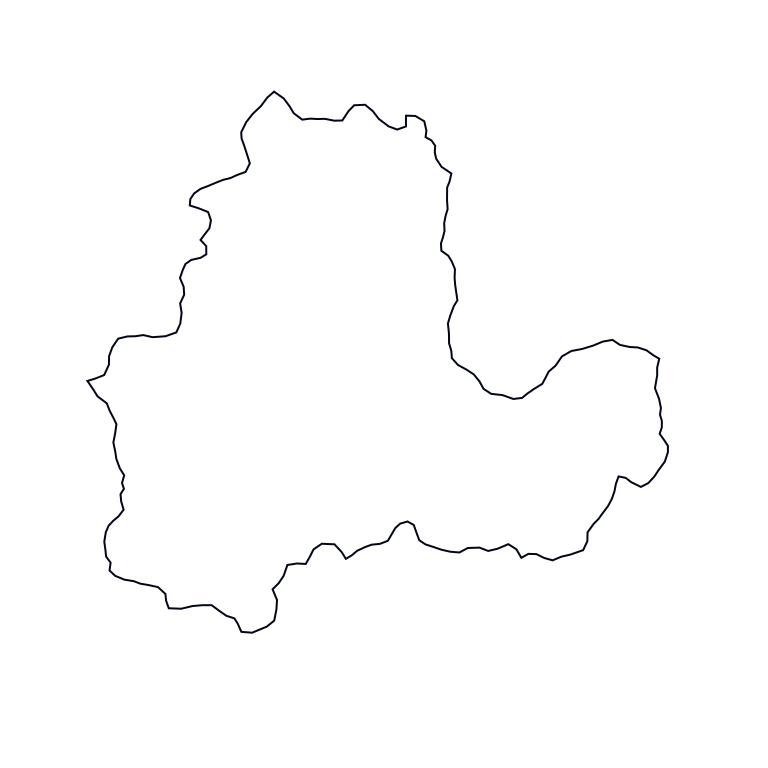 the district of Nova Resende, Minas Gerais, Brazil, rotated 101°
{"feature_id": "56859067B48705702609231", "entity_name": "Nova Resende", "entity_type": "district", "adm_level": 2, "iso_a3": "BRA", "parent_name": "Brazil", "parent_adm1": "Minas Gerais", "projection": "natural_earth1", "projection_center": [-46.418, -21.083], "detail": "fine", "context": "isolated", "style": "outline", "palette": "ink", "viewbox_px": 768, "rotation_deg": 101, "n_neighbors": 0, "source": "geoboundaries", "source_scale": "gbopen_adm2", "svg_char_len": 3209}
<svg xmlns="http://www.w3.org/2000/svg" viewBox="0 0 768 768"><g transform="rotate(101 384 384)"><path d="M306.7,118.6L304.4,125.1L300.8,132.8L299.7,141.8L300.8,149.9L300.6,159.8L297.1,168.1L300.6,177.3L306.4,186.0L311.8,196.2L315.9,206.5L323.0,214.6L333.3,219.1L340.4,224.7L347.7,226.8L353.7,228.7L360.5,236.1L366.2,241.6L371.3,245.8L374.0,254.1L372.3,265.5L373.2,276.9L369.8,285.3L363.0,291.0L357.4,297.8L354.1,305.9L351.2,315.0L345.7,322.3L338.8,324.2L331.6,327.9L322.3,329.8L312.4,332.8L304.2,332.0L294.2,330.3L287.8,327.9L281.6,330.1L273.6,332.9L266.6,334.9L257.6,336.3L250.9,340.8L245.8,345.4L242.3,353.1L235.2,354.9L228.6,354.1L222.2,353.8L214.8,355.6L206.7,355.6L200.3,354.9L191.6,357.2L179.1,359.5L172.8,358.3L164.5,358.0L159.9,368.9L152.9,375.8L146.8,378.4L140.4,379.2L135.9,383.8L133.7,390.3L127.3,390.7L118.4,394.6L114.9,404.4L116.4,413.6L127.0,411.6L131.7,419.6L130.2,428.7L124.7,439.8L118.4,446.9L113.5,455.8L116.1,466.5L122.9,470.9L133.3,475.2L135.0,483.1L135.0,492.7L136.6,499.8L137.6,507.1L140.1,514.7L135.4,524.3L129.5,529.6L122.9,536.8L118.0,547.7L125.1,553.2L134.6,557.8L144.0,564.5L153.2,569.2L164.2,572.2L170.3,570.6L176.4,566.9L184.7,562.3L193.0,557.8L202.2,560.3L207.0,568.3L211.2,574.1L214.1,580.5L218.0,586.7L222.5,593.4L227.6,601.5L233.1,606.7L239.4,609.4L245.8,608.7L246.8,599.9L248.8,589.4L256.4,585.1L264.4,585.1L272.0,588.9L277.6,591.6L282.6,584.8L290.6,583.2L295.1,588.1L299.0,596.9L304.1,601.8L310.4,603.3L318.9,604.5L326.8,599.2L334.5,597.2L343.8,599.5L352.9,596.2L363.7,595.5L373.0,597.7L378.8,607.6L382.2,620.1L381.9,629.6L384.6,637.3L386.2,644.8L390.2,653.6L399.8,657.7L409.1,659.2L417.5,657.7L428.6,660.4L433.9,668.7L437.6,675.7L444.1,669.1L450.8,662.8L455.9,652.4L462.6,648.2L468.7,643.3L474.5,639.0L483.5,638.5L493.1,638.5L501.7,634.9L508.7,632.4L517.1,627.3L523.2,621.6L531.2,622.3L536.5,619.3L542.4,621.6L549.4,619.6L557.1,615.6L564.5,619.3L570.2,623.9L575.7,627.3L582.7,628.8L592.1,628.5L600.3,625.7L606.4,623.9L611.5,618.3L619.5,617.8L623.6,611.3L625.6,601.5L625.3,591.9L626.5,585.1L626.3,577.1L626.5,567.1L631.8,558.5L638.4,556.5L645.2,552.5L643.3,540.2L638.5,529.6L635.9,520.5L634.0,511.0L638.4,501.8L641.6,494.5L642.6,486.2L647.1,481.9L654.5,476.7L653.3,466.0L648.8,459.2L644.5,452.7L637.2,446.6L625.7,446.6L616.4,447.8L606.8,454.2L599.5,449.3L591.4,445.9L580.1,444.3L576.8,435.2L575.6,426.5L567.6,423.8L559.8,421.6L552.7,414.6L550.8,402.0L557.2,393.3L562.9,388.1L558.4,383.0L552.9,378.6L547.8,371.6L544.1,365.5L541.7,357.5L537.2,350.3L529.8,347.7L523.2,345.4L518.0,341.5L514.5,334.7L516.7,327.9L524.5,323.3L530.6,319.6L533.5,312.8L534.5,304.8L535.7,296.0L536.0,287.1L535.0,277.8L529.0,270.5L526.4,259.1L528.0,249.9L524.1,241.2L517.5,231.4L521.0,222.5L528.4,216.0L523.2,209.9L521.9,201.9L524.2,193.6L524.9,184.8L519.6,176.8L515.9,168.5L509.1,156.8L499.5,154.4L490.8,155.9L481.3,151.5L475.4,147.6L469.7,145.0L461.1,140.8L453.3,138.4L445.4,137.3L437.7,137.3L430.0,136.1L430.0,128.9L433.2,122.6L436.0,112.2L430.9,105.7L423.5,101.1L416.3,98.1L406.5,93.5L396.7,92.3L390.6,93.5L385.8,98.1L380.3,103.9L373.6,103.0L367.2,104.2L361.5,107.2L354.7,107.6L346.0,111.2L336.5,117.2L323.3,117.5L315.7,119.0L306.7,118.6Z" fill="none" stroke="#020617" stroke-width="2"/></g></svg>